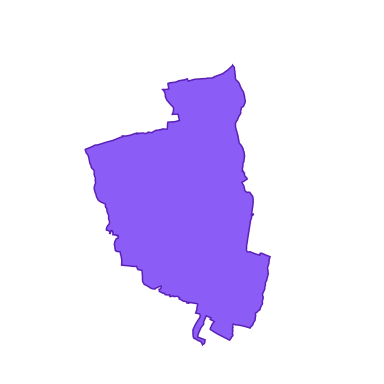 Dragomiresti, Bacau, Romania (Equal Earth projection), rotated 27°
{"feature_id": "2599482B49299083391810", "entity_name": "Dragomiresti", "entity_type": "district", "adm_level": 2, "iso_a3": "ROU", "parent_name": "Romania", "parent_adm1": "Bacau", "projection": "equal_earth", "projection_center": [27.362, 46.63], "detail": "fine", "context": "isolated", "style": "filled", "palette": "violet", "viewbox_px": 384, "rotation_deg": 27, "n_neighbors": 0, "source": "geoboundaries", "source_scale": "gbopen_adm2", "svg_char_len": 6062}
<svg xmlns="http://www.w3.org/2000/svg" viewBox="0 0 384 384"><g transform="rotate(27 192 192)"><path d="M298.8,240.0L298.6,239.4L298.6,236.3L298.0,234.8L297.9,233.6L297.3,231.5L297.2,230.1L296.3,229.2L295.4,227.5L294.2,226.1L293.7,225.2L293.4,224.2L293.1,221.3L291.8,217.9L291.4,217.5L291.3,217.2L291.4,215.9L291.1,215.1L290.7,214.6L290.8,214.2L286.0,214.7L284.5,214.7L281.7,215.0L281.2,215.2L280.5,215.9L280.9,216.9L281.2,217.1L281.0,217.6L280.3,217.6L280.1,217.8L274.6,218.6L270.8,218.9L269.7,219.8L268.6,220.1L267.7,219.9L267.1,219.3L265.9,216.9L264.5,213.8L264.5,213.4L263.7,210.7L263.1,209.2L257.0,190.4L256.9,189.3L257.0,188.7L256.2,186.8L256.1,186.3L256.7,185.0L256.9,184.2L256.4,183.8L256.1,184.5L255.3,185.2L252.4,176.5L251.7,175.0L251.5,174.0L249.4,170.1L248.1,168.4L243.7,166.1L243.3,166.1L240.8,167.5L240.0,167.1L238.9,167.0L238.3,166.5L235.9,163.6L235.3,162.9L232.6,161.3L232.1,160.8L234.2,157.5L235.3,155.3L234.3,154.6L231.5,153.6L230.5,152.1L230.4,151.8L230.2,152.0L228.5,150.3L228.1,150.5L227.6,151.0L227.5,150.9L227.0,149.3L226.7,149.1L226.0,147.5L225.7,145.9L225.1,145.0L224.6,143.8L224.4,143.1L224.4,141.1L223.6,139.6L223.5,138.9L222.7,136.8L222.6,136.0L221.7,135.1L221.0,133.8L219.9,132.4L219.4,132.2L218.3,131.0L217.9,130.3L215.1,128.3L211.8,126.9L211.3,126.4L210.4,124.9L208.7,122.9L207.9,121.6L202.3,115.5L201.3,114.3L200.2,112.4L199.5,110.9L199.5,108.6L199.8,107.2L199.6,105.7L199.4,102.3L199.7,100.7L199.7,100.2L199.4,99.1L198.8,98.3L198.5,97.5L198.4,96.4L197.7,94.2L198.7,92.9L198.9,92.5L198.9,91.1L198.7,88.1L198.0,86.4L196.6,84.9L196.1,83.9L193.6,80.8L192.1,79.3L189.4,77.7L187.0,75.9L185.6,74.5L183.5,73.0L180.0,72.0L179.6,71.7L179.0,70.9L177.6,68.4L176.6,67.1L175.6,65.3L174.5,64.0L173.1,61.7L170.6,60.6L170.7,61.0L170.6,61.4L168.2,67.8L167.9,68.1L165.7,72.5L164.9,73.5L161.1,77.5L160.5,78.4L159.5,78.9L159.4,79.0L159.4,79.9L158.5,80.8L158.6,81.1L155.3,82.9L154.3,83.3L153.6,84.1L143.1,90.4L138.3,94.9L136.4,93.3L133.8,96.1L133.4,96.1L129.5,99.1L128.8,100.1L127.3,101.7L124.8,103.3L123.8,104.1L122.6,104.8L122.1,105.3L122.2,105.7L121.3,106.3L122.9,108.6L123.2,108.8L123.7,109.4L123.8,109.9L124.3,110.5L124.5,110.9L120.9,113.3L120.0,113.5L119.3,114.0L121.1,114.6L122.6,115.9L123.3,116.3L125.1,119.3L127.7,121.4L128.9,122.1L129.9,122.2L131.4,123.1L136.8,125.0L137.8,126.2L138.4,127.5L139.0,130.0L139.2,131.8L144.2,128.9L148.3,134.0L144.6,137.3L138.8,140.7L139.3,142.4L141.4,147.2L139.1,148.4L138.4,148.5L137.6,148.9L137.0,149.8L136.3,149.9L136.2,150.5L134.8,151.2L134.5,151.7L133.8,152.3L131.9,153.3L131.6,153.9L130.1,155.7L129.8,156.8L129.6,157.0L128.3,157.8L126.6,158.2L125.6,158.8L125.7,159.5L123.6,161.3L121.9,161.5L117.5,164.1L117.7,164.4L116.3,165.2L116.0,164.6L113.7,166.8L111.7,169.0L110.7,169.8L107.5,172.3L106.9,172.5L106.3,172.9L105.5,173.1L104.5,173.7L105.1,174.2L102.8,176.4L102.0,177.6L101.1,178.3L100.6,179.2L98.8,181.0L98.1,182.0L92.6,186.9L88.0,191.5L85.8,193.4L84.3,194.2L83.4,195.6L81.1,198.5L77.7,202.3L77.6,202.7L80.1,205.3L82.2,206.1L84.2,208.0L87.9,212.7L89.8,214.1L91.1,215.8L91.6,215.9L92.2,216.4L94.2,216.9L95.1,217.5L95.9,218.7L96.8,220.8L99.6,223.5L100.6,225.8L101.8,227.4L102.0,227.9L102.3,230.3L102.7,232.1L103.3,233.4L104.3,234.7L105.3,235.8L107.8,238.0L109.0,239.6L112.2,241.8L114.2,242.2L115.5,242.3L120.1,242.0L120.8,242.9L121.2,244.0L122.3,245.0L123.5,245.4L125.1,247.9L125.8,248.6L128.4,250.7L129.8,253.7L131.5,255.3L132.2,256.3L132.5,257.0L132.6,257.5L132.7,258.5L132.2,260.1L132.1,261.9L132.2,262.5L132.7,264.4L133.1,264.8L134.7,264.4L136.4,264.4L137.1,265.0L137.3,266.2L138.0,266.1L137.5,262.9L138.4,262.7L139.2,263.4L139.4,263.4L139.7,263.6L140.2,264.6L140.4,264.5L140.9,266.0L143.4,265.1L143.3,264.8L144.7,264.6L144.8,264.9L145.0,265.0L145.4,264.3L145.8,264.3L146.3,264.6L146.6,264.9L146.5,265.7L147.0,266.1L147.2,266.6L146.5,267.4L145.8,267.9L145.7,271.0L146.7,274.1L147.9,275.5L150.0,278.7L151.4,279.2L152.3,279.0L155.0,277.9L156.6,279.9L157.8,281.1L160.5,284.8L162.5,289.2L169.6,286.3L170.5,286.1L174.1,284.7L176.4,283.4L178.5,285.4L179.1,285.7L183.0,284.5L186.5,290.2L186.9,291.2L188.6,294.1L189.4,294.6L190.9,295.7L191.4,295.9L192.4,296.0L194.7,295.9L199.0,296.4L200.9,296.1L202.3,295.6L203.3,295.0L203.2,294.2L204.9,292.5L205.1,292.0L205.4,291.4L206.5,290.8L207.0,289.9L207.4,290.0L208.1,291.6L207.8,292.7L206.8,293.7L208.0,295.1L208.1,295.5L209.0,295.3L212.1,295.4L212.6,294.9L213.0,294.8L214.1,295.1L214.5,295.6L215.6,295.4L218.2,294.2L218.6,293.7L218.8,293.7L218.9,293.8L219.2,294.8L219.6,295.1L220.2,295.1L220.7,294.5L221.3,294.2L222.2,293.1L222.5,293.0L222.7,293.3L223.0,293.4L223.5,293.3L224.6,292.7L225.3,292.0L226.9,291.5L227.9,291.8L228.8,291.7L229.0,292.0L229.0,293.0L230.3,293.1L231.5,292.9L233.2,293.3L237.2,292.2L237.8,293.2L239.6,292.6L239.6,292.4L239.2,291.9L240.4,291.5L240.3,291.4L247.6,289.1L248.3,290.0L248.8,292.6L249.6,294.0L250.2,298.2L254.2,297.2L255.2,298.0L255.6,298.8L255.8,299.3L255.9,300.6L255.3,306.2L255.2,309.7L255.4,314.3L257.3,318.0L258.6,320.1L259.1,320.7L259.7,321.2L260.4,321.5L262.2,321.3L264.8,321.6L267.8,321.3L268.7,321.8L270.8,323.4L270.9,322.6L271.6,321.9L271.7,320.7L271.6,319.8L271.0,318.8L270.8,317.8L262.8,318.6L262.6,318.0L262.0,315.4L261.6,309.4L261.7,308.1L262.2,305.8L262.4,304.6L261.9,303.4L261.3,302.4L261.1,298.1L260.8,295.9L266.1,295.5L266.0,297.3L270.6,297.3L270.5,298.5L270.2,299.3L270.0,301.0L270.2,303.1L270.2,304.8L270.3,305.4L270.7,306.2L278.4,306.9L292.8,306.9L293.2,304.2L293.1,303.3L293.6,301.8L293.3,300.7L292.8,300.3L292.5,300.3L291.2,296.8L290.8,296.2L290.4,296.3L290.2,295.3L289.9,294.9L290.1,294.6L290.1,294.2L289.1,293.2L288.8,292.1L288.7,290.9L291.3,290.6L293.3,289.6L297.5,288.4L300.5,287.7L305.6,286.8L305.5,285.7L306.0,284.6L306.3,283.2L306.4,281.9L306.1,280.4L306.4,277.4L305.6,275.7L305.0,273.6L303.6,271.3L304.6,269.2L305.0,267.7L305.7,266.7L305.9,265.9L305.4,262.9L305.5,259.9L305.4,259.2L304.7,258.4L304.3,257.4L303.5,253.9L302.8,252.9L302.0,252.3L301.6,251.7L301.1,250.5L300.9,245.8L300.8,245.3L299.8,243.2L299.7,241.8L299.6,241.4L298.8,240.0Z" fill="#8b5cf6" stroke="#5b21b6" stroke-width="1.5"/></g></svg>